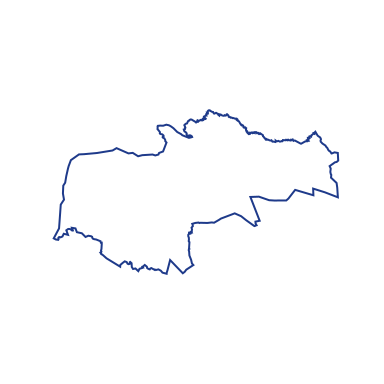 outline of Pasienes pag., Zilupes, Latvia, rotated 223°
{"feature_id": "27541924B2510682390951", "entity_name": "Pasienes pag.", "entity_type": "district", "adm_level": 2, "iso_a3": "LVA", "parent_name": "Latvia", "parent_adm1": "Zilupes", "projection": "equal_earth", "projection_center": [28.149, 56.234], "detail": "fine", "context": "isolated", "style": "outline", "palette": "blue", "viewbox_px": 384, "rotation_deg": 223, "n_neighbors": 0, "source": "geoboundaries", "source_scale": "gbopen_adm2", "svg_char_len": 6086}
<svg xmlns="http://www.w3.org/2000/svg" viewBox="0 0 384 384"><g transform="rotate(223 192 192)"><path d="M122.9,217.1L145.9,228.2L139.9,234.2L130.0,238.6L126.0,241.9L117.3,250.1L117.0,252.9L118.0,263.9L101.0,272.4L105.7,277.1L94.6,282.4L81.7,287.6L88.7,294.2L92.4,297.2L100.1,297.3L101.8,299.5L102.6,299.7L104.5,301.0L106.5,303.7L109.0,304.8L107.7,311.2L106.7,312.6L106.5,314.7L112.0,320.0L114.8,318.2L116.1,315.4L116.3,315.3L118.6,315.9L119.4,315.6L121.0,315.7L123.1,316.5L125.0,316.6L126.0,317.0L129.7,316.4L132.2,316.6L133.1,317.3L133.7,318.6L135.4,319.3L138.5,318.9L142.9,320.2L142.9,318.8L143.2,318.3L142.4,318.2L142.1,317.9L143.0,317.4L143.2,315.6L143.1,314.9L143.3,314.6L142.6,313.7L144.1,312.8L144.0,312.4L143.5,311.8L142.7,311.5L142.9,310.8L143.9,310.9L144.2,310.6L143.9,310.3L143.0,310.3L142.8,310.0L142.9,309.5L142.2,309.2L142.9,308.9L143.4,308.2L143.1,308.0L142.6,308.3L142.0,308.3L142.2,307.8L143.0,307.5L143.0,307.0L143.7,306.2L145.1,301.8L145.5,301.5L151.9,299.8L152.5,299.1L152.7,298.6L154.2,299.1L154.4,298.4L155.2,297.8L154.8,297.2L155.1,296.8L156.4,296.1L157.1,296.0L157.2,295.7L157.2,295.3L157.9,295.2L158.1,294.9L158.0,294.6L158.9,294.3L158.9,293.6L160.9,292.0L160.6,291.5L160.5,290.8L161.2,290.4L161.4,289.6L162.2,288.7L163.7,288.3L164.3,287.2L164.9,286.8L165.7,286.7L165.3,286.4L165.0,285.5L167.0,284.3L167.5,283.7L169.1,284.0L169.2,283.5L170.6,282.6L171.8,282.3L172.1,281.9L173.4,281.6L173.2,281.1L173.4,280.7L173.8,280.6L174.4,280.7L175.0,281.1L176.0,280.9L176.7,281.2L178.1,281.2L178.8,281.9L181.8,281.5L181.7,281.1L182.4,280.9L182.1,280.7L182.4,280.1L182.9,280.0L183.0,280.3L182.8,280.6L183.3,280.6L183.7,280.0L184.4,280.0L184.6,279.7L185.3,279.6L185.3,279.1L185.9,279.5L186.8,278.7L186.7,278.3L187.2,278.2L187.4,278.0L187.6,277.5L187.2,277.2L187.8,276.8L187.8,276.4L188.3,276.3L188.5,276.1L188.9,276.3L189.3,275.4L189.8,275.1L189.4,274.7L189.2,274.2L189.7,273.3L190.0,273.0L190.4,273.1L190.2,273.5L190.5,273.7L190.8,273.2L191.5,273.0L191.9,273.2L191.9,273.7L192.1,273.8L192.4,273.8L192.5,273.3L193.0,273.3L193.9,273.7L193.8,274.1L194.8,274.2L195.3,274.7L195.7,274.8L195.6,275.2L195.8,275.5L196.5,275.1L197.0,275.3L196.9,275.6L197.2,275.6L197.8,275.1L198.0,274.5L198.2,274.4L198.8,274.6L199.7,275.4L200.5,275.4L201.1,275.0L201.1,274.6L201.5,274.5L201.8,274.6L202.0,275.0L203.0,274.8L205.8,275.7L206.8,275.4L207.1,275.6L207.3,275.3L208.7,275.2L209.0,275.4L208.9,276.1L209.3,276.1L209.7,275.9L210.5,275.0L212.2,274.3L212.7,273.7L213.8,273.5L214.3,272.8L215.2,272.8L215.9,272.1L216.6,272.1L217.5,272.8L219.4,272.8L219.6,272.5L219.2,271.5L219.5,270.8L220.5,270.5L220.6,269.5L222.0,268.6L223.0,268.3L223.7,268.3L225.0,267.5L225.0,267.1L224.1,266.8L224.0,266.5L225.6,266.4L226.3,266.9L227.2,266.5L228.1,266.5L228.5,266.2L229.0,264.7L229.3,264.4L229.9,264.4L231.1,264.9L232.0,264.3L233.4,264.0L233.8,263.7L234.6,263.9L235.3,263.4L235.6,262.7L235.6,261.9L234.3,260.6L235.1,260.2L234.8,260.0L234.0,260.2L233.9,260.0L234.1,259.7L235.4,259.5L234.8,259.3L234.8,258.9L233.6,257.8L234.3,257.4L234.2,255.9L234.6,255.6L234.7,255.3L234.2,255.0L232.0,255.0L231.9,254.6L232.5,254.2L233.0,254.2L233.4,253.8L233.5,253.3L234.0,253.2L234.0,252.9L233.4,252.4L232.8,252.7L232.8,252.3L233.4,251.2L233.8,251.0L234.6,251.0L234.8,250.7L234.6,250.4L235.0,250.1L235.4,248.7L236.9,248.2L236.7,247.6L235.7,247.2L236.5,246.2L236.5,245.6L237.5,245.6L241.7,244.7L242.5,244.1L242.9,243.1L242.7,242.4L243.0,242.0L243.2,241.0L242.4,238.8L243.0,237.9L243.3,236.0L243.0,235.5L242.2,235.3L240.7,234.5L240.8,233.9L240.1,233.3L240.0,233.0L240.6,232.1L239.2,231.3L238.6,231.2L237.2,231.5L236.1,231.3L235.8,231.2L235.3,230.4L234.1,230.0L233.7,230.2L233.1,230.9L232.2,231.2L232.3,231.9L231.6,232.4L230.0,232.6L229.4,232.3L230.2,230.9L231.2,229.5L237.8,226.9L239.4,226.9L243.7,225.8L249.1,226.0L252.3,225.6L254.3,225.1L256.7,223.7L258.3,220.8L260.5,218.9L262.1,217.1L262.0,216.6L260.6,215.2L260.2,214.5L256.5,214.0L255.8,213.4L255.5,212.9L255.2,212.8L254.1,213.2L253.0,213.9L251.5,213.9L250.9,213.6L251.1,212.5L250.8,212.0L250.4,211.9L248.9,212.4L246.9,211.7L246.1,210.9L244.4,210.8L240.8,201.9L242.7,198.1L242.1,196.5L243.8,193.7L246.4,192.5L253.5,185.0L255.8,181.4L262.0,180.2L264.8,176.9L277.1,172.6L278.4,168.2L288.1,155.7L296.6,146.2L300.3,142.4L302.3,132.7L299.9,126.9L298.7,124.6L294.8,117.9L291.1,112.3L290.5,108.9L285.4,102.9L280.4,99.1L279.4,93.3L264.4,74.7L261.5,63.8L259.2,64.4L257.2,65.8L257.5,66.7L258.4,67.2L258.5,68.2L258.2,68.7L257.2,69.2L256.4,71.1L257.3,74.0L253.5,76.1L257.8,78.3L257.4,80.3L256.8,81.1L255.5,81.9L253.3,82.1L252.9,82.6L255.4,83.9L252.4,85.9L248.8,84.1L244.4,86.7L239.2,86.5L238.0,89.3L235.7,90.8L234.5,91.1L233.4,90.4L232.5,90.3L231.5,90.7L229.7,91.9L225.3,93.6L224.0,92.7L223.5,92.8L223.3,93.2L222.6,92.5L219.3,88.5L218.7,87.2L217.7,86.7L217.7,85.8L217.4,85.9L216.9,85.5L217.1,85.2L216.7,85.2L216.6,84.9L216.3,84.7L214.1,85.1L209.3,85.2L193.6,88.4L194.7,89.8L194.3,93.1L193.9,95.4L192.0,96.2L190.2,95.6L189.1,96.0L188.6,96.9L189.6,98.3L189.5,98.7L187.6,98.7L184.9,96.1L182.6,95.5L181.2,97.5L177.3,97.5L178.0,100.1L176.7,102.3L177.1,102.9L176.9,103.0L177.4,103.4L177.3,103.6L176.7,103.8L177.0,104.0L176.8,106.4L174.1,106.6L172.9,105.8L172.0,105.9L170.4,106.4L170.1,106.6L170.3,107.7L169.9,108.6L166.1,109.6L166.2,110.0L165.1,110.5L163.8,112.5L161.1,113.2L158.6,112.9L154.8,114.9L155.5,115.8L156.7,118.3L161.6,127.3L143.3,126.3L142.9,128.6L143.2,131.2L143.1,131.7L141.2,139.5L143.3,139.7L146.4,141.8L150.6,143.8L153.6,146.6L154.7,147.2L155.5,148.4L155.3,148.7L155.9,149.0L159.7,153.6L160.3,153.6L161.0,153.9L161.5,154.8L163.1,156.4L164.7,157.2L165.6,158.3L165.5,159.1L166.4,160.2L166.0,160.5L164.9,160.4L164.7,160.5L164.6,160.9L164.8,161.2L165.2,161.2L165.1,161.5L165.5,161.8L164.7,162.3L165.5,162.7L165.5,163.4L165.9,163.6L166.4,164.6L168.0,165.6L168.1,167.6L169.4,168.6L170.1,168.9L168.5,171.6L166.4,174.1L165.5,174.3L165.1,175.0L159.6,179.9L156.8,183.2L154.9,184.6L153.2,190.2L152.7,192.3L146.2,205.5L139.6,207.8L133.2,208.3L123.2,209.6L122.8,210.0L122.8,210.6L122.1,211.7L124.1,212.4L125.4,213.6L122.9,217.1Z" fill="none" stroke="#1e3a8a" stroke-width="2"/></g></svg>